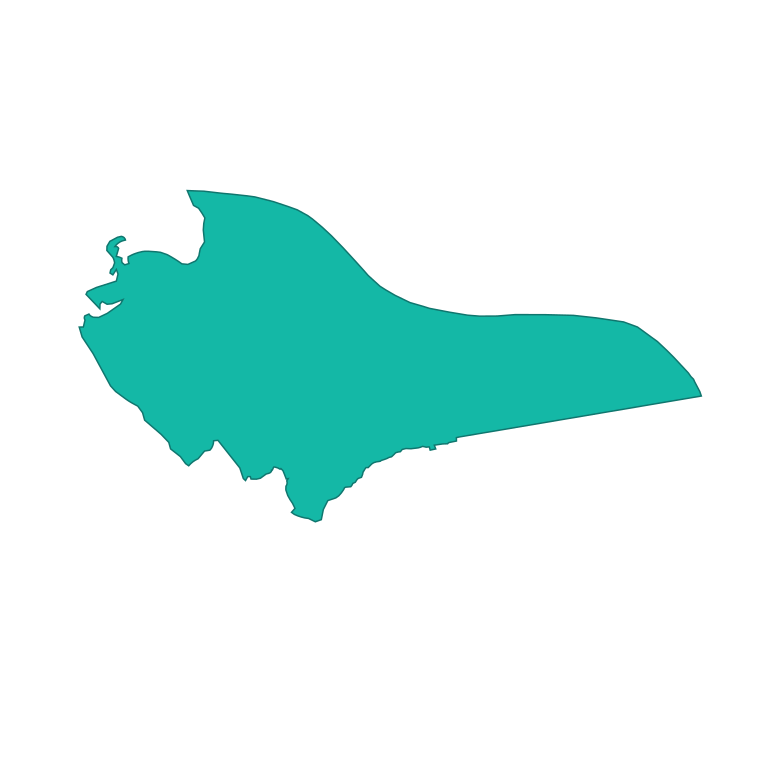 outline of Coronini, Caras-Severin, Romania, rotated 194°
{"feature_id": "2599482B76282201234198", "entity_name": "Coronini", "entity_type": "district", "adm_level": 2, "iso_a3": "ROU", "parent_name": "Romania", "parent_adm1": "Caras-Severin", "projection": "robinson", "projection_center": [21.719, 44.681], "detail": "fine", "context": "isolated", "style": "filled", "palette": "teal", "viewbox_px": 768, "rotation_deg": 194, "n_neighbors": 0, "source": "geoboundaries", "source_scale": "gbopen_adm2", "svg_char_len": 3681}
<svg xmlns="http://www.w3.org/2000/svg" viewBox="0 0 768 768"><g transform="rotate(194 384 384)"><path d="M553.7,257.4L552.3,259.9L550.6,262.3L548.6,264.5L546.3,266.5L541.9,275.5L536.9,277.7L536.3,278.9L535.8,280.1L535.5,281.4L535.3,282.6L535.2,283.9L535.2,285.2L535.4,286.5L535.6,287.7L531.5,289.2L503.6,267.7L497.6,258.2L495.0,256.8L493.8,261.2L491.3,261.8L490.0,259.6L484.8,260.8L481.1,262.7L476.5,268.2L474.1,269.5L472.8,270.6L472.1,272.0L472.3,273.2L471.5,273.5L471.0,276.6L469.9,277.0L466.9,276.9L464.2,276.2L463.6,277.0L461.1,275.5L458.9,272.5L455.9,268.2L454.1,269.0L454.9,266.6L454.1,264.8L453.9,262.9L454.4,261.1L453.8,258.3L453.5,257.3L450.4,252.5L447.1,249.0L444.0,246.2L440.3,241.8L441.1,240.2L442.7,237.1L439.5,235.8L435.9,235.2L432.1,234.9L428.4,234.9L424.7,235.3L417.3,233.7L412.0,237.2L412.5,247.5L411.4,252.4L410.3,257.3L404.9,260.7L403.1,261.9L400.8,264.6L399.0,268.1L397.6,271.8L397.2,273.8L396.3,274.6L391.4,276.3L390.7,277.8L390.2,279.9L390.2,280.0L388.1,281.7L387.0,284.9L386.1,286.2L383.3,288.0L382.9,291.0L383.0,293.3L381.9,296.9L381.3,298.5L379.1,299.1L376.6,303.4L374.9,305.2L372.4,306.7L370.1,307.6L368.9,308.2L368.1,309.2L365.5,310.8L363.3,312.3L361.2,314.1L359.1,315.2L358.6,315.9L357.1,318.3L356.1,320.1L353.9,321.4L351.7,322.3L350.5,324.9L349.2,325.6L347.1,326.7L342.2,327.7L338.8,329.0L335.4,330.3L333.4,331.4L331.5,332.8L329.8,332.9L327.8,332.9L325.0,333.9L324.7,333.7L323.2,331.0L318.1,333.5L320.4,336.8L317.3,338.1L312.4,340.1L307.8,341.4L307.2,342.6L306.4,343.1L299.9,346.2L300.8,349.5L298.2,350.8L73.2,449.1L75.7,453.0L83.2,461.4L84.8,463.5L88.1,465.5L91.3,468.3L108.7,479.6L117.5,484.9L128.9,491.3L151.8,500.6L166.5,502.2L194.1,499.5L216.9,496.4L244.6,490.2L273.7,483.0L290.7,477.3L307.5,473.0L319.5,471.0L338.3,469.5L358.2,468.4L364.8,468.8L378.5,469.3L394.7,472.7L405.0,475.7L411.6,477.9L425.7,485.5L430.7,489.0L442.0,496.6L456.4,506.1L470.7,515.0L481.7,521.1L493.4,526.8L498.6,528.9L510.3,532.0L520.0,533.0L535.4,534.2L554.5,534.3L561.9,533.5L578.7,531.2L586.3,530.0L590.7,529.4L605.4,527.5L614.8,525.5L621.7,524.1L618.3,519.5L612.0,511.2L606.4,509.7L601.8,505.6L598.0,501.8L597.7,496.1L596.6,489.7L592.5,478.4L594.5,472.3L595.0,470.8L594.8,466.2L594.6,463.7L595.0,462.1L595.3,460.5L596.1,458.7L596.7,457.7L603.2,452.6L609.2,451.7L613.0,453.2L616.8,454.5L620.7,455.7L624.6,456.8L626.0,457.1L632.7,457.7L636.7,457.2L640.7,456.5L644.6,455.8L648.5,454.8L650.6,454.0L652.5,453.0L654.4,452.0L656.3,450.8L658.1,449.6L659.8,448.3L661.4,446.9L663.0,445.5L662.7,443.8L662.2,442.2L661.5,440.6L660.6,439.2L664.4,436.9L667.4,438.3L668.0,439.3L668.4,440.4L668.6,441.5L668.7,442.6L670.2,442.9L671.7,443.1L673.1,443.1L674.6,443.0L674.3,451.4L674.8,451.9L675.5,452.3L676.2,452.6L677.0,452.6L677.7,452.5L678.3,452.3L677.8,453.5L677.2,454.6L676.5,455.7L675.7,456.7L674.4,458.1L673.0,459.2L671.4,460.2L669.7,461.1L670.1,461.9L670.8,462.5L671.5,463.1L672.4,463.5L673.5,463.7L674.6,463.7L678.1,461.9L684.5,456.1L686.1,450.6L685.2,446.5L677.7,441.3L676.8,440.2L676.0,439.0L675.3,437.7L674.7,436.4L674.7,436.1L675.2,431.3L676.8,428.7L676.7,425.4L673.5,424.3L671.4,430.4L668.7,426.4L668.6,419.1L686.4,408.1L694.2,401.9L694.8,398.9L677.9,388.2L678.9,392.9L677.4,395.9L672.0,394.4L667.2,396.1L657.7,402.8L659.0,397.8L669.6,385.6L676.9,379.6L681.9,378.5L682.8,378.5L684.1,378.8L685.2,379.1L686.3,379.7L687.2,380.5L690.8,377.7L690.9,376.7L690.8,375.6L690.3,374.6L689.6,373.8L689.5,366.6L693.5,365.5L688.3,356.6L673.7,343.2L648.9,316.0L642.6,311.8L630.8,306.9L627.5,305.7L624.3,304.7L620.9,303.8L617.6,303.0L611.3,297.7L607.5,291.0L588.0,281.2L578.7,275.3L575.4,269.4L564.0,264.3L557.2,258.7L553.7,257.4Z" fill="#14b8a6" stroke="#0f766e" stroke-width="1.5"/></g></svg>